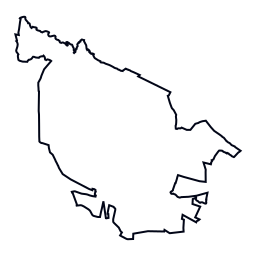 outline of Temascalcingo, México, Mexico
{"feature_id": "50627088B73169899113331", "entity_name": "Temascalcingo", "entity_type": "district", "adm_level": 2, "iso_a3": "MEX", "parent_name": "Mexico", "parent_adm1": "México", "projection": "mercator", "projection_center": [-100.025, 19.931], "detail": "fine", "context": "isolated", "style": "outline", "palette": "ink", "viewbox_px": 256, "rotation_deg": 0, "n_neighbors": 0, "source": "geoboundaries", "source_scale": "gbopen_adm2", "svg_char_len": 5510}
<svg xmlns="http://www.w3.org/2000/svg" viewBox="0 0 256 256"><path d="M84.1,40.1L83.4,40.0L81.9,39.5L80.4,40.6L80.3,40.9L80.5,41.3L80.4,41.6L79.4,41.9L79.3,42.4L79.2,42.7L78.9,42.8L78.5,42.6L77.3,44.3L77.5,44.8L77.6,46.3L76.8,47.3L76.6,48.8L76.1,48.8L75.9,49.0L75.3,52.1L74.7,52.4L74.1,53.0L73.8,52.7L74.6,51.5L73.7,50.1L73.8,48.8L73.6,48.0L72.7,46.4L72.4,45.3L72.0,44.7L70.7,44.4L70.0,44.0L69.7,43.8L69.2,43.2L68.8,42.9L67.2,42.0L66.6,42.1L66.3,42.3L66.4,42.7L66.8,43.3L67.7,44.5L67.8,45.1L67.5,45.5L67.2,45.6L66.4,45.1L65.8,44.1L65.3,43.7L63.4,42.6L62.3,42.5L61.3,42.9L60.1,42.5L59.8,42.1L59.6,41.0L58.6,40.4L58.4,40.0L57.9,39.9L57.0,39.7L55.9,39.0L55.6,38.6L55.4,38.1L55.4,37.7L55.6,36.7L55.2,36.0L54.6,35.7L54.2,35.6L51.9,36.1L50.9,36.4L49.8,36.4L49.2,36.2L48.8,35.9L48.4,35.2L48.3,34.8L48.2,34.2L48.3,33.8L49.1,32.6L49.0,32.3L47.7,31.6L45.9,31.1L45.4,31.1L42.9,32.0L42.3,32.4L40.8,31.8L40.1,31.0L37.8,30.4L36.6,29.8L36.4,29.4L36.4,29.0L36.7,28.3L36.5,27.8L36.1,27.6L35.6,27.4L33.4,27.1L32.8,26.8L31.9,27.5L31.6,28.0L31.3,27.8L30.6,26.9L30.0,25.3L29.6,23.6L29.0,23.2L28.1,23.2L28.0,22.4L25.7,19.7L25.3,18.6L25.4,17.4L25.2,17.1L25.0,16.9L24.6,16.8L23.7,16.8L22.7,17.0L21.5,17.5L21.4,17.4L20.2,17.9L19.8,18.4L20.6,19.2L20.0,22.1L19.8,23.8L19.1,28.9L18.4,32.6L18.8,35.0L15.4,34.4L17.0,40.6L16.8,40.8L16.3,41.1L16.9,41.8L17.5,43.3L17.7,44.5L17.4,46.5L16.2,50.4L16.4,51.7L18.4,54.4L17.9,55.2L17.9,56.8L18.4,59.8L19.5,60.7L22.6,61.6L27.3,61.8L27.8,60.8L28.7,59.8L29.3,59.8L30.9,59.2L31.6,58.7L33.0,56.8L33.9,56.8L35.8,57.5L38.9,57.8L39.5,57.0L41.4,56.3L42.8,56.3L43.5,55.6L44.4,56.6L44.9,57.8L45.0,59.0L45.2,59.6L45.8,59.7L46.2,60.1L47.5,59.4L49.4,59.9L50.6,60.5L51.2,61.0L44.1,69.3L41.4,75.8L40.8,77.9L40.2,79.2L38.3,82.6L38.3,85.7L38.5,88.0L38.6,90.6L38.6,91.0L39.0,91.3L39.0,91.5L38.7,111.0L39.0,114.5L39.1,123.4L39.2,136.8L39.4,141.5L39.9,142.1L41.3,143.0L42.4,143.1L48.6,145.1L48.9,148.0L50.0,152.4L52.7,154.7L55.2,159.8L55.7,161.1L56.9,163.3L57.9,165.5L58.1,165.6L58.9,167.8L59.9,169.5L62.7,174.1L70.7,179.4L89.1,189.0L92.3,190.2L92.5,188.8L94.4,189.2L95.5,190.0L95.5,190.4L95.3,191.3L95.7,191.7L94.9,193.2L94.9,194.6L94.8,195.1L95.8,195.5L95.5,196.6L92.4,196.1L89.7,195.4L88.2,194.8L87.3,194.5L85.9,194.2L81.9,193.7L80.8,193.4L75.2,191.4L74.3,191.3L71.8,191.8L72.1,192.7L72.6,192.8L76.9,204.5L76.6,205.1L76.7,205.6L80.5,205.2L81.7,205.4L83.8,206.4L88.4,209.3L89.7,210.4L90.3,211.2L92.1,214.6L92.5,215.1L93.1,215.6L93.7,215.9L97.4,216.9L98.4,217.0L100.0,217.0L101.0,212.0L101.9,208.4L103.4,201.3L105.9,218.2L106.3,218.3L108.5,217.9L108.3,214.0L107.6,213.8L107.7,212.6L108.4,208.9L109.2,205.2L113.5,206.8L113.5,207.0L115.2,208.6L115.3,209.8L115.1,210.7L113.2,219.2L113.2,221.5L113.4,222.2L114.2,223.1L118.8,227.6L120.5,231.0L121.1,231.8L121.9,232.4L120.1,235.5L125.9,238.6L127.1,239.1L127.9,239.2L133.1,239.0L133.3,233.7L147.9,231.2L164.2,231.5L164.5,229.9L169.2,232.9L169.8,233.2L183.6,231.6L183.4,227.9L183.9,219.7L181.9,218.9L182.6,214.8L196.2,222.3L196.4,221.7L196.8,221.1L198.5,220.3L199.5,219.4L195.2,217.4L200.2,206.6L192.5,204.0L192.8,199.0L193.2,198.8L194.5,198.5L195.5,197.6L196.1,197.5L196.2,197.9L195.9,198.5L195.8,199.1L195.8,199.3L196.1,199.8L196.6,200.5L197.7,201.0L199.3,202.4L200.1,202.8L200.9,202.3L202.3,202.3L204.6,203.4L205.3,203.6L205.8,203.6L206.1,203.4L206.3,202.8L206.1,201.1L206.3,200.5L206.5,198.5L206.3,199.1L206.2,199.1L207.5,192.7L196.6,195.7L188.4,196.8L181.5,197.1L179.8,197.6L179.0,197.4L177.7,196.9L177.1,196.4L176.3,195.4L175.6,194.8L175.4,194.6L175.1,194.4L174.6,194.3L173.8,194.0L173.5,193.7L173.1,193.6L172.5,193.8L172.1,193.9L171.3,193.7L170.7,192.8L170.5,192.3L170.6,192.1L171.1,191.6L172.0,191.1L172.9,190.3L173.0,189.5L175.2,183.1L175.6,183.1L176.8,179.2L177.4,176.8L178.0,175.1L183.7,176.9L199.5,181.2L205.7,181.9L205.6,172.0L205.7,169.6L203.5,162.5L210.9,164.3L211.2,163.0L211.1,162.5L212.1,161.1L211.7,160.2L213.4,159.5L214.9,156.1L218.2,151.6L219.1,150.6L220.0,150.5L221.2,150.7L221.8,150.6L222.5,150.9L222.6,151.1L222.9,151.3L223.0,151.5L223.7,151.8L224.0,152.1L224.5,152.2L225.6,152.6L226.0,153.0L226.4,153.0L226.6,153.2L226.9,153.0L227.1,153.3L227.4,153.0L227.7,153.1L228.7,153.6L229.2,154.3L230.0,154.8L230.8,155.2L231.8,156.2L233.9,157.1L234.1,157.0L238.2,152.6L239.6,151.7L240.6,150.8L235.2,147.1L234.8,146.5L231.6,145.1L229.9,143.3L229.4,142.9L228.5,142.6L227.4,141.8L227.2,141.6L227.0,141.3L226.6,141.2L226.2,140.8L225.5,139.8L223.8,137.7L222.4,136.9L221.7,136.1L219.5,134.5L214.2,130.9L210.8,127.1L205.8,120.7L205.3,120.8L202.6,121.2L200.9,121.7L199.3,122.3L198.5,122.9L195.3,123.8L190.4,129.9L186.8,129.9L181.6,127.6L180.7,128.3L178.2,128.3L177.0,129.0L175.8,128.7L175.6,125.8L176.0,124.7L176.2,122.8L176.3,120.0L175.9,116.5L176.2,114.8L173.7,110.1L172.0,108.3L171.6,107.5L169.9,102.9L167.8,95.8L168.8,95.4L170.4,92.2L138.2,76.4L139.7,75.0L133.6,72.2L130.9,71.1L129.8,70.3L128.5,69.9L128.1,69.6L127.6,69.6L127.4,69.4L127.0,69.3L126.6,69.2L126.4,68.9L125.7,68.7L125.5,69.0L125.0,69.1L124.0,69.9L123.0,70.5L122.5,70.9L122.5,71.0L121.9,70.9L121.2,70.9L120.9,70.7L120.5,70.6L119.3,69.8L118.9,69.8L118.3,69.6L117.0,68.6L115.5,68.2L114.2,67.7L113.8,67.3L110.4,65.5L108.8,64.8L105.6,63.7L103.7,62.7L100.8,62.4L100.5,62.2L100.4,61.2L98.4,60.4L94.9,58.2L94.4,57.6L93.3,55.5L93.9,54.2L93.1,53.7L92.5,53.5L92.0,53.9L91.1,53.3L90.9,53.6L90.3,53.2L89.8,52.4L89.7,52.4L89.2,51.9L89.7,51.3L89.3,50.9L89.1,50.6L89.2,50.4L88.7,49.9L88.5,50.0L87.9,49.4L87.2,50.0L86.6,48.9L86.2,45.3L84.1,41.4L84.0,40.9L84.1,40.1Z" fill="none" stroke="#020617" stroke-width="2"/></svg>